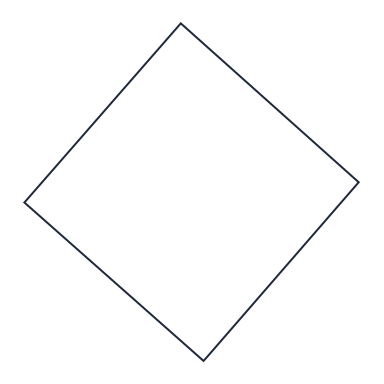 outline of Trego, Kansas, United States of America, rotated 131°
{"feature_id": "52423323B86059367536746", "entity_name": "Trego", "entity_type": "district", "adm_level": 2, "iso_a3": "USA", "parent_name": "United States of America", "parent_adm1": "Kansas", "projection": "orthographic", "projection_center": [-99.874, 38.915], "detail": "fine", "context": "isolated", "style": "outline", "palette": "slate", "viewbox_px": 384, "rotation_deg": 131, "n_neighbors": 0, "source": "geoboundaries", "source_scale": "gbopen_adm2", "svg_char_len": 231}
<svg xmlns="http://www.w3.org/2000/svg" viewBox="0 0 384 384"><g transform="rotate(131 192 192)"><path d="M75.3,72.6L72.1,311.1L309.9,311.6L311.9,72.5L306.2,72.4L75.3,72.6Z" fill="none" stroke="#1e293b" stroke-width="2"/></g></svg>